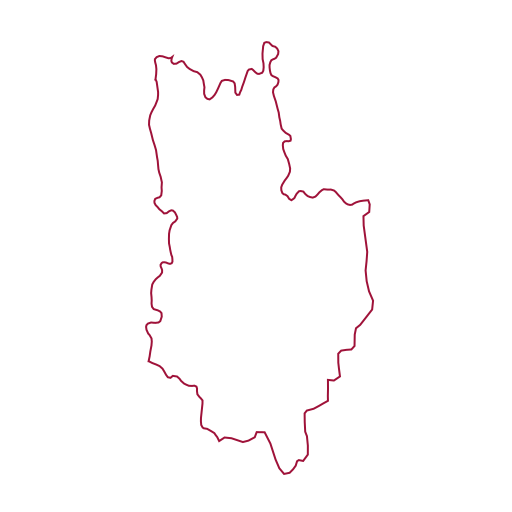 the district of Klimavichy, Mogilev, Belarus, rotated 96°
{"feature_id": "67162791B58533541453403", "entity_name": "Klimavichy", "entity_type": "district", "adm_level": 2, "iso_a3": "BLR", "parent_name": "Belarus", "parent_adm1": "Mogilev", "projection": "equal_earth", "projection_center": [31.953, 53.607], "detail": "fine", "context": "isolated", "style": "outline", "palette": "rose", "viewbox_px": 512, "rotation_deg": 96, "n_neighbors": 0, "source": "geoboundaries", "source_scale": "gbopen_adm2", "svg_char_len": 4588}
<svg xmlns="http://www.w3.org/2000/svg" viewBox="0 0 512 512"><g transform="rotate(96 256 256)"><path d="M443.9,273.3L439.8,268.3L439.8,261.4L442.4,249.6L440.4,244.2L436.4,238.3L431.1,236.9L430.4,229.0L441.0,222.1L456.3,215.3L464.7,210.6L469.8,205.3L468.1,199.9L464.2,196.8L460.4,194.6L455.8,193.7L454.5,192.1L454.9,187.7L448.1,183.7L439.2,184.6L429.9,186.5L425.6,188.7L415.9,190.2L407.4,191.2L404.4,189.3L401.9,182.7L398.5,177.7L395.5,173.6L392.5,169.3L387.8,169.9L380.6,170.5L371.7,171.5L371.7,165.5L367.0,159.9L359.0,161.8L353.5,163.0L344.6,164.0L341.2,161.4L339.9,156.4L339.0,151.4L335.2,148.6L323.8,149.6L317.4,149.0L313.6,145.2L307.7,141.5L297.1,134.9L288.2,134.9L279.3,139.9L269.5,143.3L258.9,145.5L249.6,145.5L240.3,145.8L228.8,148.6L214.4,152.1L205.1,153.3L200.4,148.0L192.8,148.3L188.8,150.2L189.7,154.8L190.6,158.3L191.4,160.3L192.2,162.1L193.7,164.4L194.9,165.8L195.4,167.8L195.1,170.1L194.3,172.0L192.7,174.2L190.6,176.0L188.7,178.1L186.9,180.3L183.9,183.5L182.7,185.3L182.1,188.5L182.5,191.8L182.5,195.6L183.6,197.3L186.0,199.6L188.5,201.3L190.7,203.1L192.0,205.7L191.7,208.5L191.0,210.9L189.4,213.2L188.6,214.1L187.0,215.6L186.7,218.3L187.1,220.0L189.9,222.1L192.2,223.1L194.2,223.8L195.2,224.7L196.8,226.6L195.7,229.0L193.2,230.9L191.9,233.2L191.7,234.9L190.6,236.4L187.9,237.7L185.1,238.1L182.3,237.4L177.9,235.3L175.3,233.7L172.9,232.4L168.7,231.1L165.4,231.2L161.1,232.6L156.3,234.5L153.1,236.9L149.9,238.6L146.8,240.1L143.1,240.9L140.7,240.9L139.0,239.5L138.5,237.4L138.5,235.6L137.7,233.7L136.1,233.5L133.0,234.4L132.0,235.8L130.4,239.4L128.3,242.1L126.7,243.8L122.6,245.2L119.1,246.1L115.6,247.3L111.0,248.4L107.3,249.9L100.2,252.5L94.8,255.0L91.4,256.2L88.5,256.2L86.4,255.3L85.2,253.8L83.4,252.5L80.7,251.9L78.6,252.0L77.2,253.0L76.2,255.3L75.3,258.2L74.5,259.6L72.6,260.7L70.2,261.5L67.1,262.2L64.6,262.5L61.7,262.0L59.7,261.2L58.4,259.3L58.0,258.3L56.7,256.7L52.9,255.1L50.0,255.1L47.5,256.6L45.9,258.7L45.4,261.6L43.9,263.5L42.3,265.4L42.2,268.1L43.1,270.0L46.5,270.8L54.1,270.7L59.5,270.0L63.6,268.7L67.5,268.1L71.0,268.1L73.1,269.0L74.6,272.0L74.6,273.7L73.5,275.6L72.5,276.9L71.4,278.2L70.4,279.8L71.3,282.5L72.8,283.6L79.6,285.2L82.5,285.8L84.8,286.3L89.1,287.4L92.3,288.0L94.7,288.9L97.3,289.5L97.8,291.7L95.7,293.6L90.0,294.4L86.5,295.3L84.8,297.0L83.9,301.7L84.1,305.2L85.4,308.3L87.6,309.4L93.5,311.3L97.4,312.7L100.1,314.0L102.8,315.9L105.1,318.5L104.8,320.8L103.4,322.9L100.2,324.5L96.8,324.9L93.6,324.9L90.9,325.7L86.8,326.8L83.9,328.5L81.5,330.3L79.3,333.6L78.7,337.3L76.9,341.6L75.2,344.3L72.4,346.8L70.4,348.4L69.9,350.5L71.1,352.8L73.0,355.2L73.5,357.9L72.3,359.9L70.8,360.6L68.3,360.5L66.8,360.1L68.0,361.4L68.5,363.6L67.8,367.1L67.2,369.7L67.2,373.0L68.6,375.6L70.8,377.1L72.2,377.0L74.2,376.4L76.8,375.4L80.6,374.6L85.6,374.3L90.4,374.4L91.0,374.5L91.0,374.2L93.2,373.0L97.2,372.0L99.6,371.4L103.2,370.5L106.2,370.2L110.3,370.2L113.3,371.0L116.9,372.0L120.5,373.6L124.1,375.0L127.1,375.9L132.4,376.4L136.7,376.1L140.5,374.8L144.7,373.1L151.4,370.7L156.5,368.4L161.1,366.5L168.2,364.7L171.6,363.7L175.3,363.0L179.8,362.1L183.1,361.0L187.2,359.1L192.6,357.3L197.7,357.1L201.2,356.5L205.6,356.6L207.7,358.1L208.4,360.0L209.7,362.2L211.9,362.8L213.8,362.5L215.9,361.1L217.6,359.0L219.6,357.0L221.4,354.2L223.3,351.9L222.7,349.3L220.6,347.1L219.4,345.0L219.5,343.4L221.1,341.2L223.4,339.7L225.4,338.5L227.0,338.2L230.0,339.9L231.8,342.0L234.1,343.4L239.5,344.6L243.0,344.8L248.1,344.4L252.6,343.8L256.1,342.7L258.4,342.1L261.2,341.2L263.8,340.3L265.6,339.3L268.0,338.8L270.4,338.5L272.0,339.1L272.8,340.7L272.6,342.4L271.9,344.8L271.8,346.6L272.1,348.2L272.9,349.1L274.8,350.0L276.4,349.7L278.3,348.6L279.8,347.9L282.3,347.7L285.8,349.6L287.6,351.5L289.6,353.3L292.5,355.1L295.2,356.2L300.5,356.5L303.9,356.4L307.8,355.6L311.0,355.1L314.3,354.9L317.4,354.1L319.5,352.2L320.3,348.0L321.2,345.6L322.7,344.0L326.2,343.4L330.8,344.4L332.3,346.0L333.0,349.0L333.1,350.9L333.1,353.4L334.5,356.4L336.2,357.7L338.0,357.9L340.8,357.2L344.4,355.1L345.6,353.7L348.9,351.3L352.0,350.7L355.9,350.6L361.9,351.1L367.0,351.3L371.9,351.8L371.9,351.6L373.3,347.9L374.4,343.8L375.6,340.3L377.8,337.2L380.3,335.3L383.6,333.0L385.8,331.0L386.1,328.3L383.9,326.2L384.1,321.9L386.1,319.2L388.0,317.5L390.4,314.2L391.2,312.1L392.1,309.2L391.9,306.0L391.4,303.7L392.1,301.6L393.9,300.8L396.4,300.6L399.7,299.8L402.2,297.4L403.3,296.0L405.2,294.1L408.4,293.8L411.3,293.8L417.9,293.8L422.8,293.8L426.2,293.5L429.8,292.8L432.1,291.2L432.8,290.0L433.0,286.5L434.9,282.2L436.5,278.9L438.1,277.6L440.2,275.6L443.9,273.3Z" fill="none" stroke="#9f1239" stroke-width="2"/></g></svg>